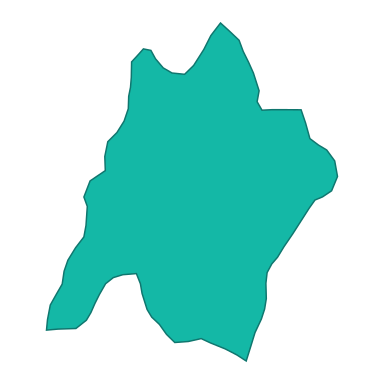 Cândido Rodrigues, São Paulo, Brazil
{"feature_id": "56859067B92304644979095", "entity_name": "Cândido Rodrigues", "entity_type": "district", "adm_level": 2, "iso_a3": "BRA", "parent_name": "Brazil", "parent_adm1": "São Paulo", "projection": "natural_earth1", "projection_center": [-48.632, -21.34], "detail": "fine", "context": "isolated", "style": "filled", "palette": "teal", "viewbox_px": 384, "rotation_deg": 0, "n_neighbors": 0, "source": "geoboundaries", "source_scale": "gbopen_adm2", "svg_char_len": 1172}
<svg xmlns="http://www.w3.org/2000/svg" viewBox="0 0 384 384"><path d="M331.6,190.8L337.5,176.5L334.7,160.9L326.7,150.0L318.4,145.0L309.9,138.6L305.6,123.1L301.1,109.8L284.7,109.7L271.8,109.7L262.0,110.2L257.1,101.7L259.1,90.8L253.4,73.0L248.6,62.3L243.2,51.4L239.1,40.3L229.3,31.0L220.5,23.0L210.9,35.5L203.8,49.5L193.7,65.4L184.6,74.3L172.0,73.0L163.2,67.9L155.5,58.8L150.9,50.4L143.4,48.9L137.5,55.5L131.6,61.9L131.3,77.4L130.5,87.3L128.7,96.3L128.3,108.7L124.1,121.1L116.9,132.6L107.8,141.7L104.8,156.5L105.3,170.6L90.1,180.9L83.9,197.0L87.3,206.4L86.0,225.4L83.9,236.9L75.6,247.7L67.9,260.2L64.1,271.2L62.2,284.1L56.6,293.8L50.3,305.0L47.5,319.6L46.5,330.1L57.9,329.1L75.9,328.5L86.4,320.2L90.9,312.6L94.9,303.5L99.4,294.5L105.6,283.7L113.3,277.6L122.8,274.7L136.4,273.6L140.4,283.7L142.1,293.6L147.1,309.5L151.7,317.1L159.4,324.4L166.6,334.5L174.8,342.5L188.3,341.5L201.2,338.6L210.9,343.1L225.2,348.9L236.8,354.9L246.2,361.0L250.7,346.6L255.0,332.6L261.4,319.0L264.6,309.1L266.3,298.6L265.9,283.3L267.1,272.6L271.8,263.9L277.5,257.3L283.9,246.8L292.7,233.9L309.1,208.3L315.0,200.0L322.5,196.9L331.6,190.8Z" fill="#14b8a6" stroke="#0f766e" stroke-width="1.5"/></svg>